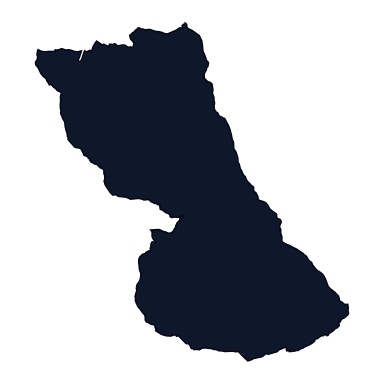 the district of Otesani, Vâlcea, Romania
{"feature_id": "2599482B27410059128646", "entity_name": "Otesani", "entity_type": "district", "adm_level": 2, "iso_a3": "ROU", "parent_name": "Romania", "parent_adm1": "Vâlcea", "projection": "mercator", "projection_center": [24.032, 45.056], "detail": "fine", "context": "isolated", "style": "filled", "palette": "ink", "viewbox_px": 384, "rotation_deg": 0, "n_neighbors": 0, "source": "geoboundaries", "source_scale": "gbopen_adm2", "svg_char_len": 5890}
<svg xmlns="http://www.w3.org/2000/svg" viewBox="0 0 384 384"><path d="M348.5,312.9L347.9,309.8L348.3,308.6L347.8,304.3L344.8,304.5L341.5,301.9L339.4,300.7L339.3,298.7L338.3,295.8L334.3,291.8L330.3,288.7L328.2,286.5L325.3,278.6L322.9,274.5L320.4,272.4L317.2,270.4L316.1,269.4L312.5,264.8L311.6,262.5L308.4,260.0L307.0,257.1L305.8,255.7L304.1,254.7L303.4,253.7L296.6,249.1L292.5,247.2L290.4,245.8L286.2,244.2L282.3,241.9L282.0,241.3L281.9,239.6L281.8,236.3L280.9,233.8L280.6,231.5L280.8,230.8L280.1,230.1L280.6,229.7L280.1,229.3L280.3,228.8L279.8,227.3L279.6,226.3L280.0,224.8L281.1,222.7L281.1,221.7L280.5,220.0L280.0,219.4L276.3,217.8L276.7,216.6L276.6,214.4L275.6,213.3L271.9,210.8L269.4,208.5L268.5,206.4L266.6,203.6L265.0,202.3L261.9,201.1L260.0,200.7L258.0,199.3L258.1,197.6L257.2,195.1L256.4,193.9L256.3,193.2L254.4,191.6L253.4,190.1L253.7,187.7L253.6,187.0L250.7,184.9L249.4,183.1L248.4,182.5L246.5,180.0L244.9,176.2L243.5,175.3L241.8,171.2L240.3,168.6L239.2,164.0L238.3,162.9L237.9,161.1L237.9,158.2L236.4,153.3L235.8,151.7L233.8,148.7L233.5,142.4L232.1,139.0L231.5,135.5L230.1,129.9L228.2,124.9L227.4,123.7L224.7,118.5L222.5,117.8L221.7,117.1L219.0,115.8L218.3,114.2L217.9,114.0L218.1,113.6L217.8,113.0L216.2,112.0L214.6,109.8L214.0,106.6L214.6,103.1L214.0,100.1L213.9,97.1L212.3,93.1L212.4,92.0L212.6,92.0L212.7,91.2L212.9,89.2L212.3,86.3L212.3,84.7L211.5,83.3L210.6,82.9L209.9,82.2L207.8,81.7L204.2,78.1L204.2,74.2L204.5,73.3L206.4,69.6L206.7,67.8L208.0,66.1L208.4,63.7L208.4,62.4L206.3,60.2L205.3,56.5L203.0,51.4L202.4,45.2L201.7,40.7L199.2,35.5L192.3,30.6L187.7,28.3L186.8,26.6L186.6,24.4L186.2,23.7L185.2,23.0L185.2,23.7L183.7,24.2L182.1,25.6L182.5,28.1L179.4,27.9L176.4,30.1L167.4,34.0L164.0,33.4L161.9,32.4L158.9,31.7L155.5,31.4L150.1,29.5L148.7,29.4L145.1,29.9L143.1,29.0L141.5,29.1L139.2,27.8L137.5,28.2L136.8,29.8L135.4,30.1L135.2,30.8L134.1,31.6L133.7,33.1L132.9,32.6L132.4,32.7L132.3,33.7L131.6,33.8L131.2,34.5L129.7,35.2L130.5,38.8L133.7,42.5L133.7,44.6L132.8,47.3L132.4,47.8L130.5,46.8L129.0,47.3L127.9,47.1L124.7,45.0L121.7,45.1L117.2,45.9L116.1,44.4L114.3,43.6L113.1,44.8L112.4,44.4L109.6,44.2L109.1,45.2L108.8,46.8L103.9,44.2L102.4,45.0L96.6,41.1L94.4,44.1L93.9,45.4L92.9,46.9L92.7,48.2L92.1,49.4L91.8,50.8L91.9,51.4L90.7,51.0L90.0,50.3L86.4,51.9L84.7,50.7L83.9,52.5L81.9,58.8L80.5,61.5L79.3,61.3L77.8,60.4L79.2,58.0L81.5,51.0L79.9,51.1L79.0,51.8L75.0,51.6L70.7,50.1L68.0,49.7L66.3,50.2L61.6,48.6L58.8,49.8L56.1,50.1L55.2,49.8L54.8,50.9L53.7,51.5L48.5,51.4L45.8,51.8L44.0,51.8L40.8,51.1L38.1,49.6L37.5,51.2L37.0,54.4L37.0,55.0L37.6,56.2L37.5,58.1L37.1,59.8L35.5,62.0L35.7,64.0L36.2,65.6L37.2,66.4L39.1,69.6L39.7,71.2L41.3,74.1L43.3,76.5L45.9,78.4L47.1,81.3L48.4,82.9L49.3,84.9L50.6,84.6L51.8,85.1L53.5,87.0L56.3,89.3L57.3,90.6L60.1,91.9L61.7,93.2L60.8,94.8L60.4,97.2L60.6,98.9L60.5,102.7L60.2,104.1L60.4,105.6L60.3,107.8L61.0,111.2L60.6,112.9L61.2,114.9L62.0,116.2L62.3,117.8L64.8,122.1L65.1,126.0L65.8,129.4L67.2,133.7L67.4,136.4L68.2,137.9L68.0,138.8L68.1,139.6L74.4,146.8L76.1,147.6L79.7,148.1L80.9,148.8L82.7,152.0L84.0,155.3L87.5,156.6L88.2,158.1L88.8,158.6L89.7,158.8L90.5,159.8L89.8,160.2L91.1,162.1L93.4,163.1L94.6,164.0L97.1,164.5L100.1,167.8L102.1,168.5L103.4,169.5L103.9,170.7L103.9,173.7L104.8,175.7L104.7,177.1L104.9,178.6L104.1,181.2L104.2,181.8L105.2,183.2L104.7,183.1L104.7,183.5L105.4,185.3L110.2,192.5L112.7,195.1L115.7,194.7L118.5,196.4L126.1,197.2L130.6,199.2L138.4,198.4L141.6,199.0L143.9,200.0L147.3,199.6L149.6,199.8L149.7,200.5L151.2,201.8L154.9,203.5L155.5,203.1L158.0,204.8L158.6,204.7L160.2,205.6L159.7,206.0L160.3,209.4L163.1,210.2L163.2,210.7L165.8,212.7L168.6,213.6L169.9,215.2L170.6,215.2L170.7,215.5L170.2,216.1L170.7,216.4L170.4,216.8L171.0,217.2L171.3,216.7L172.4,217.6L173.1,217.0L177.8,217.3L178.7,217.1L179.2,216.6L180.3,216.5L180.5,216.2L181.6,216.3L182.4,215.6L183.1,217.1L181.8,217.9L179.8,218.0L180.1,218.7L179.7,219.4L180.1,220.0L178.9,221.0L179.1,221.3L178.3,221.6L176.9,223.2L176.6,224.5L175.8,225.4L175.6,227.4L174.6,228.4L174.4,229.2L172.8,231.6L171.3,232.7L169.8,233.2L168.5,233.2L166.0,232.1L163.0,231.4L160.9,230.2L158.7,229.5L150.7,230.0L151.8,231.3L152.2,233.5L152.0,235.8L152.4,237.4L153.2,239.0L155.2,241.5L155.4,242.1L154.0,242.3L152.5,241.7L152.0,242.0L151.0,243.8L150.9,245.4L151.2,246.5L150.6,247.1L150.3,247.9L150.5,249.9L150.1,250.5L146.4,252.0L145.1,253.6L142.4,254.4L139.9,256.9L139.1,258.3L138.8,260.2L138.7,262.8L139.1,265.1L139.3,268.4L139.8,270.7L140.8,273.1L140.7,277.2L139.7,280.8L137.3,284.2L136.7,285.7L136.4,288.4L136.8,290.1L135.1,296.4L135.5,298.5L135.4,300.8L136.0,302.4L138.0,306.8L140.1,309.1L143.4,313.8L144.9,314.6L144.9,316.0L145.3,317.6L145.2,319.7L145.7,321.1L146.7,322.0L149.0,322.9L151.2,324.3L154.6,324.9L155.2,327.6L156.0,329.4L155.6,330.4L155.9,330.9L161.5,334.4L166.2,335.8L170.6,336.1L174.3,334.9L175.4,335.0L176.6,336.3L178.4,335.7L186.0,343.5L188.9,343.9L190.1,345.7L191.3,348.5L193.6,348.7L193.8,349.6L197.4,349.4L199.6,349.8L200.5,349.0L202.5,348.1L204.9,347.9L212.1,348.7L213.3,349.4L215.9,349.6L217.8,350.1L218.5,350.7L222.6,351.0L224.6,351.5L233.4,351.2L235.2,351.8L238.1,351.5L238.5,351.6L241.1,354.5L247.8,361.0L251.3,359.8L251.2,359.3L252.6,359.2L254.3,358.1L255.8,358.2L258.5,357.3L261.1,357.0L262.7,356.2L266.1,353.7L266.9,353.7L268.1,354.3L277.1,351.7L277.7,351.3L277.7,350.4L285.3,347.2L286.2,347.7L286.6,350.8L288.7,350.6L289.1,351.0L289.1,351.5L291.4,351.5L293.1,351.1L294.9,351.1L296.3,350.4L297.8,350.6L301.4,348.5L302.8,348.2L304.9,346.8L309.5,344.8L313.2,342.5L314.8,340.9L314.7,339.9L315.2,339.2L318.0,338.4L318.9,337.4L320.5,336.3L322.7,335.4L323.1,335.8L324.0,335.1L325.5,334.7L326.3,335.0L327.0,335.7L328.0,335.4L328.3,335.1L328.2,334.6L329.2,333.5L333.2,330.8L335.3,328.6L337.2,327.8L339.1,325.9L339.2,324.7L338.6,323.2L340.2,321.9L341.4,319.3L345.1,317.4L347.8,314.7L348.3,313.9L348.5,312.9Z" fill="#0f172a" stroke="#020617" stroke-width="1.5"/></svg>